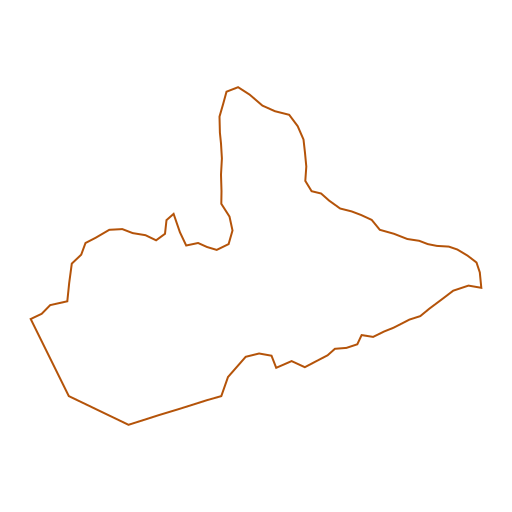 outline of Lajeado Grande, Santa Catarina, Brazil
{"feature_id": "56859067B27052797536229", "entity_name": "Lajeado Grande", "entity_type": "district", "adm_level": 2, "iso_a3": "BRA", "parent_name": "Brazil", "parent_adm1": "Santa Catarina", "projection": "natural_earth1", "projection_center": [-52.542, -26.847], "detail": "fine", "context": "isolated", "style": "outline", "palette": "amber", "viewbox_px": 512, "rotation_deg": 0, "n_neighbors": 0, "source": "geoboundaries", "source_scale": "gbopen_adm2", "svg_char_len": 1229}
<svg xmlns="http://www.w3.org/2000/svg" viewBox="0 0 512 512"><path d="M238.1,87.2L226.5,91.7L223.2,103.8L219.5,116.6L219.9,132.7L221.0,143.5L221.9,158.5L221.0,174.6L221.5,191.2L221.3,203.8L229.5,216.6L232.5,230.5L228.6,244.1L216.7,249.9L207.0,247.0L198.1,243.0L186.2,245.5L179.9,232.2L173.6,213.9L166.5,220.1L165.0,233.8L156.1,240.3L145.5,235.2L132.7,233.1L122.3,229.1L109.3,229.8L95.6,237.8L85.5,243.0L81.2,254.7L71.8,263.6L69.2,282.9L67.3,301.3L50.2,305.1L41.7,313.8L30.7,319.0L68.8,396.1L102.3,412.2L128.5,424.8L158.9,415.1L178.1,409.3L207.2,400.1L221.3,396.1L228.0,377.0L245.7,356.8L259.1,353.5L271.5,355.7L276.2,367.8L291.6,361.1L304.8,367.2L316.8,360.9L327.6,355.3L334.9,348.8L346.4,347.9L357.3,344.3L361.6,335.1L373.1,336.9L384.1,331.5L393.6,327.7L409.4,319.6L420.3,316.1L429.3,308.7L441.1,299.9L453.2,290.7L468.5,285.6L481.3,287.8L479.8,272.4L476.5,262.5L467.5,255.6L457.3,249.5L448.8,246.6L436.9,245.9L427.8,244.1L419.2,240.8L407.3,239.0L394.0,233.8L379.8,229.8L371.7,219.9L361.1,215.0L351.6,211.4L340.1,208.5L329.1,200.6L321.1,193.5L311.6,191.2L305.3,180.9L306.3,166.6L305.0,152.9L303.5,139.5L297.7,126.2L289.2,114.8L274.9,111.2L262.4,105.6L249.6,94.6L238.1,87.2Z" fill="none" stroke="#b45309" stroke-width="2"/></svg>